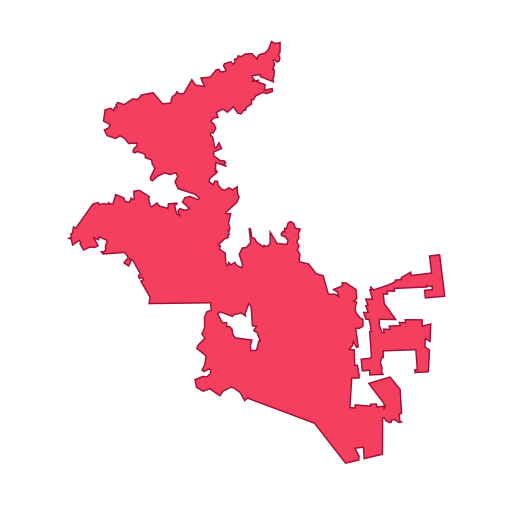 Matías Romero Avendaño, Oaxaca, Mexico (Robinson projection), rotated 176°
{"feature_id": "50627088B25064562283862", "entity_name": "Matías Romero Avendaño", "entity_type": "district", "adm_level": 2, "iso_a3": "MEX", "parent_name": "Mexico", "parent_adm1": "Oaxaca", "projection": "robinson", "projection_center": [-94.977, 17.133], "detail": "fine", "context": "isolated", "style": "filled", "palette": "rose", "viewbox_px": 512, "rotation_deg": 176, "n_neighbors": 0, "source": "geoboundaries", "source_scale": "gbopen_adm2", "svg_char_len": 6128}
<svg xmlns="http://www.w3.org/2000/svg" viewBox="0 0 512 512"><g transform="rotate(176 256 256)"><path d="M366.0,216.0L304.5,212.5L304.4,205.1L309.1,203.6L311.7,198.3L312.2,188.2L315.4,181.8L312.7,177.6L319.9,171.2L321.5,168.0L312.7,159.7L314.5,151.6L317.8,145.9L316.0,144.3L310.5,146.7L309.1,145.4L309.5,142.2L313.0,139.0L317.6,139.5L325.5,136.9L324.4,129.1L318.1,124.8L311.5,126.8L301.8,119.1L298.2,123.5L290.3,126.9L287.1,125.8L281.1,120.6L277.4,112.5L274.5,114.9L209.3,85.1L181.1,43.1L167.7,45.3L167.2,49.2L170.7,57.4L162.2,57.8L162.2,46.3L143.7,49.4L141.0,85.6L139.5,85.8L137.9,82.8L134.2,80.5L132.6,80.9L132.1,83.0L129.3,83.2L125.3,80.0L122.5,80.4L124.1,81.6L124.1,88.6L121.8,88.8L121.5,112.7L130.7,125.9L152.4,121.1L139.7,101.6L137.3,96.7L138.9,95.0L139.2,97.3L145.8,96.8L146.3,100.0L152.2,100.0L152.4,98.2L167.4,100.6L167.8,97.4L172.9,98.3L169.0,127.6L161.7,127.1L161.4,129.5L162.5,139.9L165.1,140.1L164.6,155.5L169.6,156.3L166.0,159.8L165.0,163.9L161.9,157.8L160.4,158.3L161.6,176.8L157.8,176.7L154.2,178.6L153.8,185.5L156.0,186.3L160.5,192.8L160.6,198.1L158.8,203.0L161.6,204.3L158.4,206.5L158.5,215.5L168.2,222.8L171.9,223.4L171.8,220.2L181.0,217.2L177.4,214.5L176.3,210.0L179.8,212.3L186.5,212.9L190.4,231.7L197.2,234.1L204.1,244.4L213.3,247.3L212.1,254.7L214.3,259.3L212.4,263.0L214.4,267.6L212.0,270.8L212.1,275.8L210.0,279.7L214.8,281.0L216.1,285.8L219.1,288.0L221.7,286.6L223.8,281.0L225.5,281.7L225.7,278.2L227.6,278.6L229.2,276.6L229.2,274.7L225.8,273.3L222.9,269.7L224.4,265.4L234.1,267.0L240.2,278.8L241.1,267.1L244.3,264.7L247.3,266.0L247.7,264.5L254.3,269.6L256.3,273.8L258.7,274.2L259.8,283.8L260.9,283.6L260.4,269.8L264.9,265.2L269.2,264.9L272.6,258.8L270.0,248.2L271.1,245.3L276.1,248.1L277.6,251.1L281.6,248.9L284.4,252.2L283.6,249.8L285.5,248.1L286.7,251.4L286.5,261.0L292.1,265.5L290.7,268.4L292.8,269.9L286.0,275.4L282.1,276.6L282.7,278.8L281.2,279.5L282.1,283.3L280.8,283.2L280.2,285.1L281.1,291.1L278.3,300.1L283.1,300.4L283.0,301.7L271.5,310.7L268.8,316.0L270.1,319.6L269.9,326.3L274.9,323.6L278.1,326.0L282.4,323.8L285.5,324.9L288.9,329.4L289.2,333.2L292.0,333.6L293.8,330.1L298.0,333.9L296.1,337.1L289.0,342.1L289.4,343.9L290.6,343.2L289.6,351.9L280.0,347.9L281.3,350.4L279.7,351.2L281.2,353.3L285.0,353.6L291.1,358.9L291.1,362.7L282.9,365.6L285.1,371.5L288.1,366.6L289.5,366.7L291.0,377.6L293.3,380.4L292.0,382.2L290.1,381.7L287.2,386.1L288.6,390.3L291.9,393.4L288.4,396.7L284.2,396.9L285.5,401.9L280.0,404.5L278.1,404.5L274.6,401.4L268.1,406.3L264.1,399.7L261.0,398.8L258.1,402.2L256.3,402.2L255.1,405.1L249.7,408.1L249.7,412.4L247.8,412.0L245.1,415.7L237.8,418.7L234.2,417.3L228.0,419.1L228.2,421.9L236.1,420.9L234.9,426.2L242.9,429.8L240.7,431.3L247.9,430.2L245.5,432.0L247.2,434.3L246.8,436.2L239.0,436.6L239.2,434.7L226.4,428.5L227.0,432.3L225.7,433.2L225.1,438.2L225.1,440.9L226.2,441.1L224.1,446.0L225.3,449.9L224.0,450.8L221.7,448.0L219.4,448.8L218.3,452.3L219.6,455.6L217.8,457.6L217.1,467.2L222.1,466.7L225.6,468.9L229.2,461.0L232.8,457.8L238.9,456.6L241.3,453.7L240.8,451.8L246.0,458.2L252.7,458.2L256.6,455.9L259.9,456.9L260.5,454.6L263.7,453.7L263.3,450.8L265.8,448.9L267.5,451.5L274.1,450.0L275.1,447.9L273.0,443.6L273.9,442.4L278.3,442.0L280.0,444.8L282.9,444.4L289.0,437.7L298.5,437.4L295.6,428.7L304.5,430.8L307.7,436.4L316.6,423.2L320.7,422.9L323.7,425.3L324.9,422.7L328.5,420.7L330.4,414.5L338.7,414.4L347.3,426.1L359.1,424.6L363.0,420.4L368.2,421.3L376.9,416.2L383.2,418.8L385.2,416.3L384.3,413.8L386.8,414.1L387.7,410.9L390.8,413.6L396.4,412.2L398.7,401.2L392.4,397.4L393.9,394.0L398.5,392.4L396.1,386.5L387.9,383.1L383.3,385.4L378.9,382.5L375.2,377.1L366.9,376.9L367.0,374.3L370.6,371.1L371.3,368.2L369.4,367.3L367.2,368.6L359.6,365.3L359.5,361.7L353.4,359.2L353.2,355.3L350.7,350.6L356.0,341.5L355.4,338.9L353.8,338.3L349.4,342.1L341.3,345.4L336.1,343.2L330.2,344.7L328.5,340.9L331.6,335.6L328.9,328.5L312.3,321.8L308.3,317.6L310.2,316.3L317.6,320.0L322.9,319.1L325.6,314.9L319.1,308.1L322.9,306.4L328.8,308.5L330.8,306.2L329.2,301.7L331.9,303.3L332.7,305.8L333.7,312.9L331.4,313.1L331.4,314.3L339.7,314.2L340.6,309.7L348.8,312.5L351.0,315.7L356.5,312.3L358.0,313.6L359.1,319.9L358.3,322.6L367.6,329.6L373.3,329.2L373.5,321.6L375.0,320.8L376.5,322.5L378.5,318.4L382.5,319.3L384.0,323.3L391.7,327.1L394.9,318.4L398.5,317.9L399.2,319.5L401.2,317.7L403.5,319.0L408.7,318.1L409.6,320.3L415.1,319.2L433.6,296.5L436.1,297.7L437.3,292.0L439.3,290.6L438.6,287.8L441.4,286.6L439.3,285.9L438.1,279.8L431.5,283.8L429.8,282.1L430.7,280.5L427.6,274.0L421.6,276.3L416.2,275.8L412.8,277.3L416.5,285.4L412.0,283.2L411.2,286.1L404.3,282.5L403.5,280.8L405.5,276.4L405.5,272.6L407.5,270.7L409.9,271.0L408.6,268.7L386.7,268.7L383.5,263.3L388.2,258.4L383.8,255.0L380.6,260.5L382.9,262.0L379.4,260.9L372.1,245.3L374.3,245.0L374.6,243.2L373.9,241.6L370.8,242.6L369.7,240.3L372.6,238.9L364.6,222.5L366.0,216.0ZM259.1,170.9L262.0,161.9L267.5,161.9L268.0,166.8L265.9,172.4L282.2,175.8L284.6,179.2L285.0,184.7L287.6,187.7L290.1,187.3L289.9,191.6L294.3,191.8L298.4,201.1L295.5,202.7L283.6,197.4L282.0,199.1L274.7,200.1L270.6,197.0L270.9,199.4L266.5,208.9L264.4,206.0L264.4,186.5L260.4,186.0L263.4,181.7L260.3,179.6L257.6,170.8L259.1,170.9ZM102.8,229.1L112.6,224.3L112.7,222.2L118.5,222.3L119.7,220.1L126.4,217.8L141.2,213.8L143.9,217.7L143.3,214.2L144.8,214.4L142.9,204.8L149.5,205.4L147.7,198.6L149.9,198.8L148.0,191.8L152.6,192.2L150.7,185.3L147.7,185.0L146.6,178.6L146.5,172.7L147.9,172.5L147.8,149.0L148.7,146.0L158.3,145.7L157.9,134.0L150.6,134.2L150.8,129.4L137.5,129.1L138.9,131.6L138.0,135.3L139.4,141.1L137.5,146.0L136.0,146.0L135.9,152.5L103.1,151.4L103.0,131.3L105.5,131.3L105.5,128.6L92.1,128.6L89.5,150.1L93.8,153.6L92.8,161.8L88.4,158.6L86.4,175.9L95.1,174.5L94.7,180.7L111.6,182.0L111.4,179.1L117.7,179.7L116.9,176.4L128.0,176.8L127.5,173.4L134.0,174.2L133.5,170.8L135.6,170.9L137.8,177.8L137.5,184.2L121.1,182.9L131.4,199.6L131.7,209.2L127.5,208.8L127.4,211.9L120.4,211.2L120.5,214.0L87.8,213.2L88.1,214.5L82.4,213.4L82.4,210.2L90.1,210.0L90.0,202.4L70.6,202.7L72.7,244.4L82.9,243.9L82.0,226.8L102.6,225.7L102.8,229.1Z" fill="#f43f5e" stroke="#9f1239" stroke-width="1.5"/></g></svg>